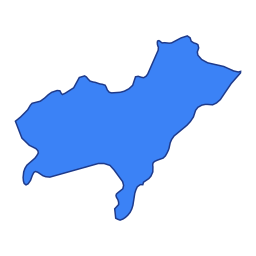 the border of Oran
{"feature_id": "DZA-2145", "entity_name": "Oran", "entity_type": "Province", "adm_level": 1, "iso_a3": "DZA", "parent_name": "Algeria", "parent_adm1": "", "projection": "equal_earth", "projection_center": [-0.636, 35.601], "detail": "fine", "context": "isolated", "style": "filled", "palette": "blue", "viewbox_px": 256, "rotation_deg": 0, "n_neighbors": 0, "source": "natural_earth", "source_scale": "10m", "svg_char_len": 1866}
<svg xmlns="http://www.w3.org/2000/svg" viewBox="0 0 256 256"><path d="M15.4,121.2L20.7,116.9L27.7,109.8L30.4,105.2L32.1,103.3L40.3,101.2L44.6,98.1L48.3,94.7L51.7,92.3L57.1,90.5L59.9,90.8L61.2,93.3L62.4,94.5L65.1,93.3L73.7,87.8L79.3,77.5L84.6,75.9L86.4,77.0L88.1,79.1L90.1,81.1L93.1,82.0L95.4,82.4L99.8,83.9L102.4,84.3L105.1,85.2L106.3,87.4L107.3,90.0L109.3,92.3L111.6,92.9L120.2,92.3L124.3,91.2L128.9,88.8L132.7,85.3L135.5,76.8L138.2,76.3L141.4,77.3L143.7,77.7L146.1,76.2L147.7,74.1L158.2,50.2L158.4,47.0L157.9,46.2L157.4,44.3L157.3,42.3L157.6,41.0L158.9,40.6L160.2,41.4L161.4,42.5L162.3,42.9L164.6,42.7L169.3,43.2L171.6,42.9L181.1,37.9L187.3,35.9L190.1,37.8L191.2,41.2L193.6,42.8L196.3,43.7L197.9,44.7L198.7,47.9L197.3,52.0L197.9,55.2L201.6,59.5L207.6,62.8L223.8,66.5L233.5,70.9L238.3,72.0L240.6,71.4L240.5,72.9L231.2,83.5L220.3,99.6L216.4,103.0L212.6,104.8L207.5,104.4L205.2,104.4L201.9,105.1L197.9,107.3L195.6,110.3L193.4,117.0L190.3,121.6L187.0,125.2L174.1,135.9L171.6,139.5L170.2,142.8L169.0,148.4L168.4,150.1L167.1,152.9L165.4,155.9L163.1,158.1L157.5,160.1L154.8,161.3L153.5,162.4L152.9,163.4L152.7,165.1L152.9,166.9L152.8,171.9L150.9,176.2L148.8,178.6L143.5,182.2L142.8,184.7L140.4,184.6L139.3,185.3L137.3,186.8L135.9,189.8L134.8,193.2L132.9,205.3L131.8,208.9L130.1,212.3L127.7,215.3L125.4,217.4L123.0,219.0L120.1,220.1L117.8,219.3L115.7,218.2L114.7,208.8L118.6,204.6L118.6,202.2L117.9,199.7L116.5,197.4L116.0,195.7L116.4,194.1L117.9,192.7L122.8,188.8L123.6,185.4L122.6,181.6L113.9,169.7L110.0,165.4L104.1,163.5L98.3,163.5L49.9,177.1L45.7,176.7L42.9,175.7L37.7,172.2L35.4,171.5L33.9,172.4L32.4,175.2L30.5,180.4L28.1,183.8L26.0,184.9L24.2,183.5L23.4,180.9L23.1,177.5L23.7,171.9L25.0,168.3L26.9,165.2L34.9,158.2L36.7,155.8L38.3,153.1L37.9,150.7L35.9,148.6L29.3,145.3L21.9,138.1L15.6,121.7L15.4,121.2Z" fill="#3b82f6" stroke="#1e3a8a" stroke-width="1.5"/></svg>